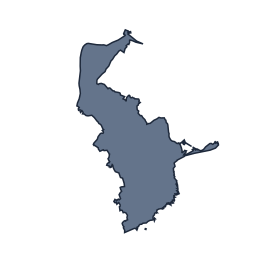 the district of Tramore-Waterford City West Lea-6, Waterford, Ireland, rotated 324°
{"feature_id": "5873133B15646893795596", "entity_name": "Tramore-Waterford City West Lea-6", "entity_type": "district", "adm_level": 2, "iso_a3": "IRL", "parent_name": "Ireland", "parent_adm1": "Waterford", "projection": "mercator", "projection_center": [-7.169, 52.204], "detail": "fine", "context": "isolated", "style": "filled", "palette": "slate", "viewbox_px": 256, "rotation_deg": 324, "n_neighbors": 0, "source": "geoboundaries", "source_scale": "gbopen_adm2", "svg_char_len": 5949}
<svg xmlns="http://www.w3.org/2000/svg" viewBox="0 0 256 256"><g transform="rotate(324 128 128)"><path d="M177.7,60.9L179.6,59.7L180.9,57.9L181.5,58.2L183.0,60.1L184.8,63.2L189.6,68.8L186.1,62.8L183.2,51.9L184.0,51.6L186.2,52.7L186.7,51.5L184.4,50.4L185.2,49.7L183.5,47.0L179.9,49.1L179.7,49.8L180.3,50.1L180.1,51.4L179.8,51.5L171.8,51.1L165.6,49.6L161.0,49.1L159.0,48.7L157.3,46.5L155.6,45.4L151.7,42.3L145.6,36.2L144.2,35.5L142.1,35.4L139.8,35.8L138.8,36.3L136.5,37.8L134.6,39.4L130.8,43.0L125.7,49.8L123.1,53.8L114.7,62.9L113.3,65.2L111.8,68.6L109.7,72.1L105.7,75.7L101.8,78.1L99.6,80.1L100.1,80.9L100.6,82.7L99.0,83.3L98.4,84.7L98.6,85.0L99.7,85.0L100.3,85.8L100.4,86.4L100.0,86.9L98.9,86.8L98.8,87.6L100.9,87.1L100.9,89.0L99.5,89.8L100.8,91.0L101.4,93.3L102.8,94.7L106.2,96.4L106.9,99.8L107.0,104.3L107.3,105.0L107.1,107.3L107.7,108.5L108.0,110.0L107.1,114.2L107.3,115.0L105.7,114.9L105.9,116.3L105.4,117.3L104.6,117.6L103.4,116.5L102.3,116.3L98.8,117.4L96.5,119.1L91.8,120.1L90.9,120.5L90.5,121.4L90.2,121.3L90.2,122.2L90.8,122.5L92.3,126.6L91.7,127.4L91.6,130.3L95.2,131.1L95.3,132.2L97.9,133.7L97.7,137.3L97.4,137.9L97.7,138.3L95.3,140.6L93.8,141.1L93.4,142.7L93.6,143.2L93.1,143.9L93.4,144.4L92.6,145.0L91.7,144.6L90.2,144.7L88.9,145.6L90.4,147.7L90.0,148.4L90.7,148.6L90.4,149.5L91.5,149.8L93.7,148.3L93.8,149.1L92.8,151.2L92.3,153.7L92.1,155.9L94.2,159.0L92.8,163.6L94.1,165.4L92.4,170.4L90.8,173.3L87.9,171.7L86.7,171.5L85.9,173.6L85.7,175.4L83.6,175.8L81.6,176.7L80.4,180.8L78.6,180.9L78.5,180.0L77.7,179.8L76.3,180.1L76.4,179.4L75.7,179.0L75.5,178.1L73.4,179.1L73.4,180.2L73.7,180.1L74.0,181.2L74.9,181.4L74.2,183.1L76.7,182.9L76.5,185.5L75.7,186.6L74.8,186.6L72.9,190.2L74.0,190.3L74.9,191.4L74.3,193.7L75.5,194.1L76.4,195.5L76.3,198.2L74.4,200.0L73.7,202.0L72.3,201.6L71.4,201.9L71.0,201.2L70.1,201.0L68.0,201.3L67.1,201.9L66.5,204.2L66.6,205.5L65.6,206.0L65.2,208.8L63.8,210.6L74.1,212.9L75.1,213.7L75.2,215.8L76.3,215.1L76.7,213.9L77.2,214.2L77.3,213.6L78.9,213.8L79.3,213.3L81.0,213.0L82.5,213.9L84.1,213.8L87.0,215.6L89.3,215.3L91.6,215.7L93.6,216.8L94.8,217.1L95.2,215.6L96.6,214.1L98.3,213.8L99.4,212.7L100.4,212.8L101.1,213.6L101.6,213.1L101.8,213.3L101.7,212.7L102.9,211.8L103.0,211.4L105.1,211.6L107.9,212.9L107.9,213.5L108.2,213.7L107.9,214.3L109.1,213.0L109.6,213.3L109.2,213.8L109.5,214.1L110.2,213.7L110.1,213.0L110.9,212.8L111.8,213.2L112.0,214.2L112.4,212.7L113.4,212.5L113.8,212.7L114.3,212.4L114.4,213.3L114.7,212.5L115.3,212.4L115.3,211.8L116.4,212.2L116.2,213.0L116.7,213.0L116.5,213.5L116.9,213.7L116.5,213.9L116.7,214.6L116.9,213.5L117.7,214.4L117.8,213.7L118.1,214.2L119.0,213.3L119.5,213.3L119.2,214.3L119.6,214.7L120.6,214.2L120.9,213.2L121.2,213.2L121.5,212.6L122.7,213.1L122.5,214.1L123.3,213.7L123.6,212.4L124.1,211.6L124.1,210.9L124.3,211.6L125.1,211.7L124.7,211.2L125.0,210.9L124.6,210.7L125.3,209.8L125.7,210.4L126.1,210.4L127.1,209.5L127.3,208.9L128.2,209.6L128.2,210.3L128.9,210.0L128.6,210.6L129.1,210.4L129.3,209.7L129.4,210.2L129.7,209.9L129.5,210.4L130.1,211.2L130.4,211.2L130.2,210.7L130.8,210.9L131.0,210.0L130.7,208.8L131.3,209.0L131.4,208.6L130.9,207.4L131.7,207.6L132.5,206.8L132.3,206.1L132.7,206.4L133.3,205.3L133.6,203.5L134.2,203.8L134.3,203.2L134.2,203.4L133.9,202.7L134.1,202.5L134.3,202.8L134.5,202.4L134.4,202.9L134.9,202.6L135.0,201.9L134.3,201.5L134.6,201.4L134.8,201.6L134.8,201.1L135.5,200.9L135.9,199.4L136.0,199.9L136.1,199.4L136.4,199.4L136.1,195.7L136.6,195.4L136.7,195.7L136.6,195.1L137.2,195.0L137.2,193.5L137.8,193.3L137.7,192.8L138.3,192.4L139.3,190.5L140.2,190.5L139.2,190.3L139.6,189.7L140.1,190.2L139.5,189.7L141.0,187.3L143.5,186.7L144.7,183.5L145.4,183.3L148.6,183.2L148.8,182.9L156.9,184.1L157.4,183.8L167.1,187.6L181.4,194.2L187.0,195.7L191.2,194.9L192.1,193.3L191.7,192.7L192.2,191.9L191.4,191.7L191.1,192.4L190.5,190.3L190.0,190.4L189.8,191.0L190.2,191.3L189.8,191.6L189.4,190.9L187.0,191.1L186.2,189.3L185.0,188.7L179.7,188.9L176.4,189.8L173.6,189.3L172.4,187.4L171.6,185.4L171.7,186.5L171.3,186.4L171.0,185.1L170.3,184.1L169.1,181.3L170.7,185.6L170.1,184.6L169.6,186.2L169.9,184.3L168.0,183.2L167.4,183.2L167.6,184.3L168.2,184.3L167.6,184.5L167.8,185.2L167.7,184.8L167.3,184.7L159.5,183.7L157.3,182.5L158.5,181.9L160.3,182.0L160.9,181.1L161.8,180.8L160.6,179.4L159.4,179.9L157.6,179.7L156.9,180.0L158.4,178.2L159.5,175.5L160.4,172.4L160.2,171.2L163.3,171.4L164.5,172.4L165.4,172.1L163.3,172.9L163.4,174.0L163.8,174.5L165.8,173.8L168.6,180.3L165.8,173.4L166.5,170.7L162.4,171.2L160.9,170.8L159.9,169.6L159.0,169.7L158.2,168.8L158.2,167.8L157.4,166.0L156.1,164.7L155.5,162.7L155.9,159.8L156.4,158.6L158.1,156.4L158.2,155.5L162.0,149.0L162.5,147.5L162.1,146.2L163.2,143.9L162.9,143.3L163.3,141.1L160.5,139.2L159.3,137.6L156.6,137.6L153.6,137.0L148.6,137.3L147.8,136.7L145.4,136.0L146.2,134.9L146.2,132.9L146.6,131.2L146.1,128.2L146.3,126.2L146.0,125.7L145.2,125.3L144.9,122.0L146.6,120.6L146.2,119.1L146.3,118.4L147.8,116.0L148.7,115.3L149.8,115.5L150.9,114.4L151.7,114.7L152.9,114.5L152.2,113.2L153.4,112.1L153.6,110.8L150.6,108.3L150.7,107.7L150.1,107.1L149.7,105.8L148.2,105.4L147.9,103.9L148.4,103.4L148.3,102.3L147.7,102.0L145.1,102.5L143.8,103.4L142.6,104.9L142.2,104.7L142.1,103.1L141.1,101.5L143.7,100.6L141.3,96.8L142.1,95.2L141.5,94.0L138.7,91.1L138.6,89.9L137.6,89.0L136.9,85.1L136.1,84.4L134.9,84.5L134.5,78.9L132.6,76.2L130.7,75.2L129.6,75.3L128.8,73.8L130.9,71.1L132.3,70.4L138.9,69.1L142.6,68.9L144.9,67.4L148.8,66.6L153.7,63.7L155.7,63.4L159.7,61.8L162.4,61.5L165.8,60.4L167.7,60.6L169.1,64.6L172.3,62.1L174.8,61.6L174.8,60.4L177.4,60.1L177.7,60.9ZM95.5,218.2L96.0,217.6L94.8,217.2L95.2,217.7L94.8,218.6L95.5,218.2ZM120.6,214.8L120.7,214.0L120.1,214.8L120.0,215.6L120.2,215.3L120.6,215.4L120.6,214.8ZM82.9,219.6L82.4,219.9L82.8,220.6L83.1,220.4L82.8,220.1L83.2,220.0L82.9,219.6ZM117.0,214.6L117.3,215.3L117.5,214.5L117.2,214.3L117.0,214.6ZM96.6,217.2L96.5,216.6L96.2,216.9L96.6,217.2Z" fill="#64748b" stroke="#1e293b" stroke-width="1.5"/></g></svg>